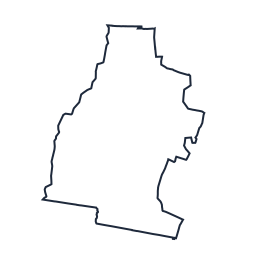 outline of Svitenes pag., Rundales, Latvia, rotated 9°
{"feature_id": "27541924B70987770554483", "entity_name": "Svitenes pag.", "entity_type": "district", "adm_level": 2, "iso_a3": "LVA", "parent_name": "Latvia", "parent_adm1": "Rundales", "projection": "albers", "projection_center": [23.936, 56.379], "detail": "fine", "context": "isolated", "style": "outline", "palette": "slate", "viewbox_px": 256, "rotation_deg": 9, "n_neighbors": 0, "source": "geoboundaries", "source_scale": "gbopen_adm2", "svg_char_len": 5383}
<svg xmlns="http://www.w3.org/2000/svg" viewBox="0 0 256 256"><g transform="rotate(9 128 128)"><path d="M192.7,229.3L192.7,229.0L193.0,227.3L194.0,219.4L194.0,219.0L194.4,215.8L195.0,214.5L196.7,209.9L195.8,209.7L194.5,209.3L191.7,208.5L182.3,205.9L178.9,205.0L178.5,204.9L176.6,204.6L175.4,204.5L175.3,204.4L175.0,204.1L174.8,203.6L174.6,202.6L174.0,200.8L173.5,198.6L172.6,196.9L171.6,195.5L168.3,192.9L168.1,192.4L168.0,190.7L167.8,188.7L167.4,186.3L167.2,184.6L167.2,184.4L167.2,184.1L167.1,182.5L167.0,182.0L167.1,181.5L167.1,181.4L167.1,181.2L167.1,180.9L167.1,180.7L167.3,179.3L168.5,170.6L168.7,169.3L168.8,169.0L168.8,168.8L168.9,168.4L169.0,168.1L169.1,167.9L169.3,167.5L169.3,167.3L169.4,167.1L169.5,166.7L169.6,166.4L169.8,166.0L169.9,165.6L170.1,164.9L170.4,163.9L170.7,163.0L171.0,161.8L171.1,161.4L171.3,160.1L172.0,157.0L172.2,155.7L172.5,154.4L172.6,153.9L172.6,153.5L172.7,153.1L172.7,152.6L173.2,152.7L176.8,153.8L178.8,154.4L179.7,153.5L179.7,153.3L179.8,152.0L179.8,151.1L179.9,150.4L180.2,148.8L180.3,148.8L180.8,148.9L186.1,149.7L186.3,149.7L190.0,150.3L190.4,150.3L190.5,150.1L190.7,149.9L190.8,149.7L191.0,149.1L192.1,145.8L192.6,144.1L192.8,143.4L189.9,140.9L188.6,139.9L186.1,136.6L186.4,133.9L186.2,128.9L191.8,127.5L192.1,128.2L192.4,129.0L192.8,130.0L193.5,131.6L193.8,132.5L194.1,132.6L195.2,132.4L196.7,132.1L196.8,132.1L196.9,131.9L197.4,128.2L196.1,126.9L196.8,125.6L197.3,124.4L197.4,124.1L197.5,123.5L198.0,119.7L198.4,117.1L198.4,116.9L198.7,116.5L199.3,115.6L199.5,115.3L199.6,115.0L199.9,114.1L200.1,113.1L200.6,111.5L200.6,111.1L200.6,110.1L200.6,109.2L200.6,107.2L200.6,103.8L200.6,103.6L200.6,103.1L200.8,102.3L200.9,101.4L201.0,101.2L200.1,100.8L199.3,100.4L198.9,100.2L198.4,100.1L197.5,100.0L195.3,99.9L194.1,99.9L193.2,99.9L191.4,99.8L189.7,99.8L189.4,99.8L189.1,99.8L188.8,99.8L187.7,99.7L185.8,99.6L184.4,99.5L183.7,98.9L183.5,98.6L179.0,94.0L178.8,93.8L178.5,93.6L178.3,93.3L178.3,93.0L178.3,92.8L178.0,89.4L177.7,85.1L177.5,81.5L177.6,81.3L177.6,81.2L181.4,77.8L182.6,76.6L183.2,76.1L182.2,71.5L181.3,67.0L181.3,66.9L181.2,66.8L181.0,66.6L180.5,66.2L179.9,65.8L179.8,66.0L179.4,66.2L177.9,66.1L170.5,65.2L168.4,64.8L165.1,64.0L164.7,63.9L164.1,63.8L163.0,63.2L160.9,63.2L159.5,63.1L158.9,63.0L158.1,63.0L157.5,63.0L157.4,63.0L156.9,62.8L155.4,62.0L154.7,61.7L150.9,60.2L150.3,56.9L150.3,56.2L150.5,52.4L150.5,52.2L150.4,52.2L147.5,52.7L147.3,52.8L146.5,52.9L146.3,53.0L145.0,53.2L144.6,53.3L144.3,52.1L143.6,49.6L142.4,44.9L142.3,45.0L140.7,38.6L139.8,35.1L139.6,34.1L138.8,25.5L138.4,25.8L138.0,25.9L136.9,25.9L136.6,26.0L135.7,26.2L134.9,26.4L132.2,27.0L131.0,27.2L129.6,27.4L128.3,27.7L127.7,27.7L126.0,27.5L123.2,28.0L122.2,28.2L122.4,27.6L122.7,27.4L123.0,27.3L123.5,27.4L123.8,27.3L124.1,27.2L124.6,26.8L125.3,26.5L125.4,26.4L125.5,26.0L125.4,25.6L121.7,26.1L118.7,26.6L116.4,26.9L113.4,27.4L112.1,27.6L109.5,27.9L109.4,28.0L109.0,28.0L108.1,28.1L107.4,28.2L105.2,28.6L104.1,28.7L103.1,28.8L101.2,29.1L100.2,29.2L98.2,29.4L97.6,29.4L97.3,29.4L96.4,29.4L96.4,29.5L95.3,29.5L93.6,29.6L92.5,29.7L91.6,29.8L93.4,32.0L93.8,35.4L93.9,36.2L93.9,36.6L93.9,36.9L93.8,37.4L93.1,39.0L92.7,40.0L92.5,40.7L92.5,41.2L92.8,41.9L94.1,44.9L94.8,46.5L95.0,46.9L95.2,47.3L94.6,48.4L93.9,49.7L93.8,52.5L93.7,56.8L93.7,59.4L93.6,63.7L93.5,65.4L93.5,66.5L93.4,66.8L93.3,67.0L93.1,67.2L91.7,68.0L90.6,68.6L88.8,69.3L87.9,69.7L87.8,69.9L87.8,70.0L87.7,71.5L87.6,73.5L87.4,76.1L87.3,76.9L87.4,77.5L87.5,77.8L87.6,78.5L87.8,79.9L88.3,83.5L88.3,84.3L87.2,86.1L85.8,88.3L85.6,92.2L85.5,94.5L85.4,94.6L84.8,95.1L84.1,95.4L82.7,96.3L81.8,96.9L80.7,98.0L79.1,99.5L78.0,100.6L77.2,101.5L76.8,101.9L76.6,102.1L76.5,102.4L76.4,103.3L76.3,104.9L75.8,110.2L75.7,110.4L71.5,116.9L71.2,118.0L70.6,122.1L70.6,122.3L70.3,123.0L69.9,123.4L69.6,123.5L64.6,123.6L64.1,123.6L63.8,123.8L63.5,124.0L62.8,124.6L62.1,125.1L61.7,126.4L59.2,134.9L58.7,136.6L58.9,137.7L59.3,139.8L59.4,140.2L59.5,140.4L60.1,141.8L60.6,142.6L60.6,142.8L60.6,143.1L60.5,143.5L58.6,147.0L58.3,147.4L58.3,147.6L58.3,148.0L58.3,148.4L58.4,148.9L58.5,149.3L58.5,149.7L58.4,150.0L57.9,151.0L57.5,151.7L57.4,152.0L57.3,152.3L57.3,152.5L57.4,153.0L57.6,153.7L57.9,155.0L58.3,156.6L58.6,158.1L58.6,158.7L58.7,159.9L58.7,160.6L58.7,161.4L58.6,162.3L58.5,163.8L58.4,165.0L58.3,165.7L58.3,166.6L58.0,169.3L58.0,169.8L58.0,170.2L57.8,171.8L57.8,172.7L57.8,173.1L57.8,173.4L57.9,173.7L58.1,174.2L58.5,175.4L58.9,176.5L59.2,177.8L59.5,185.7L59.5,187.2L60.6,192.2L61.2,195.4L60.7,195.9L56.0,199.2L55.9,199.4L55.4,201.4L55.4,201.9L56.1,204.0L56.3,204.5L58.0,208.0L58.1,208.4L57.8,208.9L56.4,210.0L55.9,210.6L55.0,212.0L57.5,212.0L59.2,212.0L66.8,212.0L68.2,211.9L68.3,211.9L80.8,211.9L88.9,211.8L89.2,211.9L93.0,211.9L93.3,211.8L102.1,211.7L108.7,211.6L109.0,211.6L109.1,211.8L109.5,212.2L110.4,212.7L110.5,212.8L110.6,213.3L110.6,213.8L110.6,214.4L110.7,214.6L111.3,215.0L111.4,215.3L111.5,215.7L111.4,216.0L111.1,216.3L110.6,216.6L110.5,216.8L110.5,217.0L110.7,217.8L110.7,218.0L110.5,218.6L111.0,219.4L111.2,220.0L111.3,220.3L111.3,220.8L111.1,222.2L110.7,222.6L110.5,223.0L110.6,223.9L110.8,225.5L111.7,227.2L111.9,227.3L119.7,227.5L127.6,227.6L139.5,227.9L147.8,228.1L148.0,228.1L148.1,228.3L148.4,228.3L153.0,228.4L153.4,228.3L169.2,228.8L169.7,228.8L175.6,228.8L178.5,228.9L181.6,229.0L189.5,229.2L189.7,230.5L191.2,230.4L191.4,229.2L192.7,229.3Z" fill="none" stroke="#1e293b" stroke-width="2"/></g></svg>